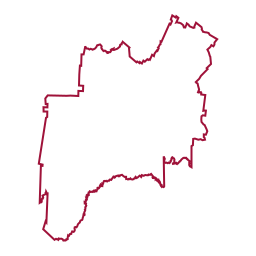 El Chal, Petén, Guatemala
{"feature_id": "79465075B2800048141456", "entity_name": "El Chal", "entity_type": "district", "adm_level": 2, "iso_a3": "GTM", "parent_name": "Guatemala", "parent_adm1": "Petén", "projection": "equal_earth", "projection_center": [-89.714, 16.515], "detail": "fine", "context": "isolated", "style": "outline", "palette": "rose", "viewbox_px": 256, "rotation_deg": 0, "n_neighbors": 0, "source": "geoboundaries", "source_scale": "gbopen_adm2", "svg_char_len": 5790}
<svg xmlns="http://www.w3.org/2000/svg" viewBox="0 0 256 256"><path d="M207.4,49.6L210.3,47.0L211.4,45.1L213.4,46.3L214.4,44.7L214.5,42.5L217.2,39.2L209.7,34.8L208.6,33.0L206.5,32.4L205.1,32.3L202.9,31.7L202.7,30.9L201.7,29.6L201.9,28.6L201.5,27.1L196.0,22.7L194.3,26.6L194.4,27.6L193.3,27.9L189.6,26.3L188.5,24.6L186.8,23.4L186.3,25.2L185.7,26.2L185.3,27.4L184.7,27.2L184.1,27.5L183.6,26.8L183.3,25.3L181.2,23.5L179.3,22.7L178.8,22.8L176.9,22.2L176.3,22.4L178.4,17.8L176.3,16.2L175.8,17.6L172.3,15.4L170.8,19.6L171.4,19.9L172.0,21.1L170.5,24.5L169.5,23.7L161.5,41.7L160.6,41.3L160.5,44.3L159.8,44.6L158.8,46.6L158.0,47.5L158.7,48.2L157.5,50.8L157.0,50.3L154.6,53.5L153.9,56.1L152.1,54.8L149.9,59.8L149.2,59.3L148.3,60.0L147.3,59.2L144.8,61.7L143.4,60.6L141.9,63.5L139.9,62.0L139.5,63.1L137.2,61.5L136.4,62.3L129.7,56.5L129.0,48.2L129.5,47.6L122.7,41.8L122.4,42.7L121.9,43.0L121.5,43.6L121.6,44.4L120.2,44.8L119.9,46.0L120.0,46.5L117.4,48.7L113.9,50.0L113.0,49.8L113.4,48.6L112.2,49.2L111.6,49.2L110.9,49.9L111.4,50.4L110.3,52.1L108.7,52.1L108.4,52.8L107.3,53.0L107.0,52.4L107.2,52.0L106.4,51.9L105.8,51.1L105.1,50.7L104.3,50.7L103.8,51.1L102.9,50.5L102.2,49.2L101.9,49.1L101.3,47.8L101.7,46.3L100.2,44.5L99.2,44.6L98.5,45.1L97.4,45.1L97.0,45.5L96.6,46.6L95.2,48.4L93.9,49.2L93.2,49.2L92.7,49.7L90.7,48.8L89.4,49.5L88.0,48.5L87.0,48.7L86.1,47.9L85.5,46.9L85.3,46.2L83.6,54.4L81.5,54.4L81.2,65.8L79.9,65.6L79.3,74.5L79.0,85.5L83.2,85.8L83.0,91.1L78.4,90.9L78.3,96.0L70.4,95.6L66.7,95.8L47.7,95.4L45.3,98.5L45.7,104.1L47.5,103.9L47.4,107.4L43.5,107.2L43.6,111.5L47.3,111.5L47.2,117.0L46.0,117.8L38.8,163.7L42.6,164.6L42.5,165.9L40.9,165.8L39.7,202.8L40.4,202.3L41.0,202.4L41.7,201.8L41.8,199.0L42.3,198.3L42.8,198.5L43.2,197.6L42.9,196.3L42.6,196.0L42.5,195.6L45.6,194.1L45.9,193.5L45.6,192.7L46.0,192.3L46.1,191.6L46.3,192.0L46.9,194.0L47.2,193.3L47.6,193.3L46.4,222.4L45.6,221.3L43.2,229.2L54.5,239.8L56.0,238.8L56.9,239.3L57.6,239.3L58.3,239.9L58.5,239.6L58.2,238.8L58.7,238.4L59.5,238.8L61.5,238.7L62.8,239.4L63.3,240.5L64.1,240.6L64.7,240.2L65.6,240.5L66.0,240.2L66.4,239.2L67.3,239.4L67.7,239.2L67.7,237.4L68.0,235.8L68.4,236.3L68.8,236.1L69.3,235.4L69.3,234.9L69.8,234.1L71.2,233.9L71.2,233.5L72.2,231.4L73.6,231.9L74.2,231.4L74.7,230.5L74.8,229.5L74.5,228.5L74.7,227.3L75.7,227.0L76.5,227.3L77.3,226.1L77.9,224.3L79.0,223.1L79.8,222.5L80.1,221.3L80.6,220.5L82.2,219.9L82.6,218.9L82.6,218.2L83.2,216.5L83.6,214.0L83.9,213.9L84.0,214.8L84.5,215.0L84.6,214.9L84.2,212.4L85.2,210.5L85.1,209.9L84.9,209.7L85.4,208.9L85.3,207.1L85.8,206.7L86.3,205.6L85.7,204.5L86.1,203.6L85.9,203.2L85.4,203.0L84.7,203.2L84.6,201.7L85.3,201.8L85.8,201.3L86.0,200.8L85.8,199.9L86.2,199.1L86.5,199.2L86.6,199.8L86.9,199.6L86.6,198.5L87.0,198.0L86.7,197.6L86.4,197.9L86.1,197.2L87.4,196.8L87.6,195.5L86.8,195.9L86.6,195.5L86.7,195.1L87.7,194.4L88.0,194.7L88.4,195.3L88.8,195.1L88.6,192.5L89.5,192.2L89.5,191.6L89.7,191.3L91.0,192.0L92.3,191.5L92.5,191.9L92.8,192.0L93.1,191.9L93.9,190.5L94.2,190.5L94.8,191.6L95.1,191.4L95.3,190.3L95.5,190.2L96.3,190.6L96.4,191.3L96.5,191.3L96.8,190.2L97.6,189.2L97.4,188.3L97.5,187.8L97.9,187.7L98.9,188.2L99.1,188.0L99.4,187.2L100.4,186.5L100.5,186.1L100.0,185.6L100.6,184.5L101.4,185.4L101.6,186.0L102.3,186.1L102.3,185.6L102.6,184.8L102.3,184.1L102.3,183.5L102.9,183.8L103.1,183.7L103.4,182.5L103.9,181.1L104.7,180.9L105.4,181.2L106.2,180.8L107.1,181.5L108.5,180.5L109.1,180.7L110.0,179.5L111.2,179.9L113.5,176.5L114.6,176.7L114.7,177.5L115.1,177.3L115.5,176.4L116.3,176.0L118.1,175.5L118.5,176.3L119.6,176.2L119.8,175.4L122.0,174.8L123.5,176.2L125.2,177.2L125.4,177.1L125.5,176.8L126.1,176.8L126.2,179.0L126.8,178.9L128.0,179.5L128.7,178.9L129.7,179.2L130.4,178.4L131.3,179.3L132.7,179.5L133.2,179.1L133.7,179.1L133.9,178.7L134.3,178.3L135.7,178.2L135.3,177.2L135.6,176.8L136.5,177.8L137.4,177.7L139.7,175.6L140.3,175.8L141.2,177.0L141.4,176.7L141.9,175.1L143.7,175.8L145.2,175.0L147.4,175.3L148.2,175.2L148.3,174.7L148.6,174.5L149.4,174.8L150.1,174.6L150.4,174.7L150.8,174.1L151.1,173.9L153.0,176.3L152.5,177.2L152.8,178.0L153.8,178.1L154.4,177.3L155.6,177.8L155.6,179.0L155.9,178.7L156.2,179.4L156.6,178.9L157.2,179.4L156.8,180.3L157.0,180.7L157.3,180.8L157.9,179.8L158.2,179.7L158.2,181.6L158.5,181.8L159.2,180.9L159.7,181.6L159.6,181.8L159.0,182.0L159.0,182.6L159.4,182.9L160.1,182.9L160.2,183.9L161.1,184.6L160.5,184.9L160.6,185.2L161.2,185.6L161.1,186.1L161.8,186.9L162.3,186.3L163.5,187.1L164.0,186.8L164.2,186.3L163.7,156.4L164.8,158.9L164.3,160.1L164.3,161.8L164.8,162.6L165.3,162.6L165.8,162.9L166.5,162.6L167.8,163.2L168.9,162.5L169.6,163.0L170.8,161.4L170.6,160.7L171.6,159.6L171.4,158.7L171.9,157.5L172.4,157.3L172.6,157.9L173.7,158.2L174.1,158.6L174.5,159.9L174.2,160.8L174.4,161.6L174.0,162.8L172.9,163.4L173.0,163.9L174.3,163.6L174.7,163.0L175.3,163.2L176.2,162.7L176.4,162.8L176.4,163.8L177.0,164.1L177.4,163.6L178.1,163.4L179.0,162.1L179.6,161.8L179.7,161.3L180.7,160.7L181.4,159.5L182.8,158.4L182.9,158.2L184.1,157.7L185.1,158.1L186.0,157.7L186.3,157.9L186.8,158.9L187.4,159.0L187.5,159.5L189.6,161.1L189.3,161.9L189.4,162.5L189.2,162.8L189.3,163.6L189.5,163.7L189.2,164.4L189.3,165.3L189.9,166.3L190.5,166.3L190.7,166.7L191.5,167.2L191.5,146.1L192.9,145.2L193.2,138.9L194.9,138.6L198.3,139.7L200.7,139.2L202.5,140.2L205.0,139.7L204.5,137.7L203.8,137.1L203.8,134.4L205.9,134.7L207.3,131.2L206.5,129.1L204.6,125.0L203.6,124.5L201.5,121.9L201.3,119.4L201.5,116.3L202.8,115.3L205.3,115.7L205.9,110.6L204.8,110.5L203.3,110.8L205.3,95.0L201.2,94.5L201.3,93.1L201.0,93.0L200.8,92.2L200.1,92.5L199.4,92.3L199.3,92.0L198.6,92.5L198.0,92.3L199.1,89.4L198.1,85.9L197.6,83.5L196.3,82.7L196.3,82.3L195.9,82.0L199.2,78.8L200.9,75.9L207.6,69.1L206.7,68.1L211.0,64.0L210.3,56.7L209.8,55.9L208.8,52.4L207.4,49.6Z" fill="none" stroke="#9f1239" stroke-width="2"/></svg>